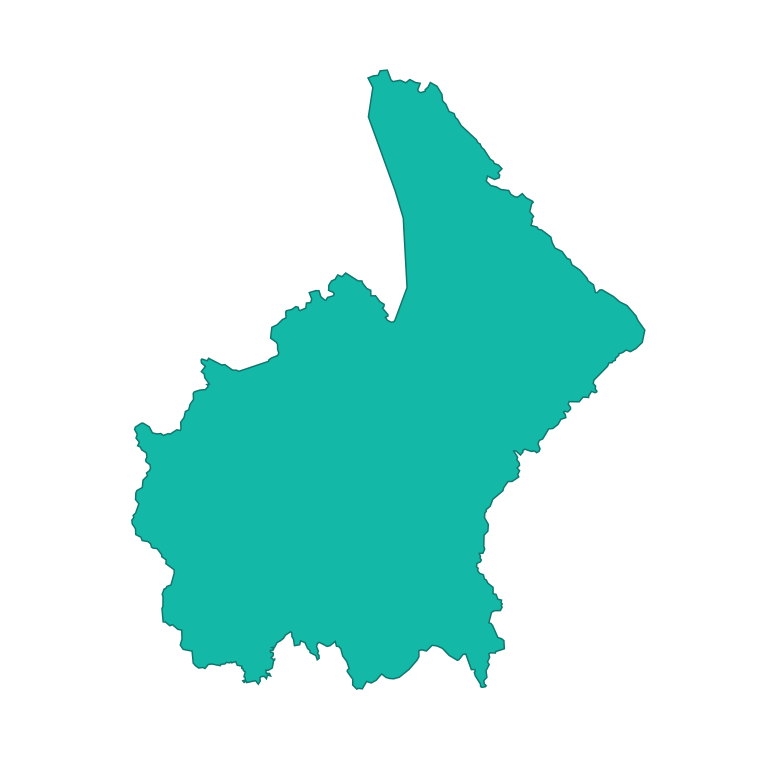 Sangkhla Buri, Kanchanaburi, Thailand (Albers equal-area conic projection), rotated 354°
{"feature_id": "78962969B87118801609333", "entity_name": "Sangkhla Buri", "entity_type": "district", "adm_level": 2, "iso_a3": "THA", "parent_name": "Thailand", "parent_adm1": "Kanchanaburi", "projection": "albers", "projection_center": [98.539, 15.257], "detail": "fine", "context": "isolated", "style": "filled", "palette": "teal", "viewbox_px": 768, "rotation_deg": 354, "n_neighbors": 0, "source": "geoboundaries", "source_scale": "gbopen_adm2", "svg_char_len": 6138}
<svg xmlns="http://www.w3.org/2000/svg" viewBox="0 0 768 768"><g transform="rotate(354 384 384)"><path d="M645.2,369.6L649.0,357.7L643.1,347.2L641.8,342.8L633.8,331.3L626.9,326.9L621.5,321.1L610.8,313.2L608.5,313.0L605.5,315.5L603.9,315.1L602.7,307.2L597.8,302.9L596.8,299.7L590.8,291.2L583.4,285.1L582.0,279.6L579.2,278.3L575.0,270.9L568.2,266.6L566.0,260.6L565.3,255.3L556.8,247.3L553.5,246.1L552.9,244.1L546.8,241.6L548.6,237.2L548.1,235.5L550.3,232.9L547.0,227.9L549.7,220.2L551.4,218.9L551.0,217.9L544.8,213.7L541.4,209.1L536.7,212.0L533.9,211.7L530.0,208.7L528.3,204.6L520.6,202.8L516.3,199.7L510.9,197.8L506.9,192.9L508.7,188.0L515.3,192.1L520.1,190.9L520.9,188.4L519.5,185.8L523.8,182.3L520.8,178.2L516.8,176.3L515.8,173.6L513.2,171.6L508.1,161.4L505.7,158.7L504.7,155.3L502.7,154.1L501.5,150.9L487.6,134.9L484.8,128.5L482.9,126.5L482.0,122.4L477.2,119.8L474.7,112.1L471.9,108.6L471.9,102.0L467.8,93.4L461.6,89.0L458.9,93.3L455.7,95.6L455.6,97.2L450.9,98.1L448.9,96.8L448.3,94.9L451.5,88.7L446.9,87.5L441.5,83.9L437.2,86.7L431.8,83.6L424.4,84.2L422.7,82.2L420.1,72.2L412.9,72.1L410.5,76.4L405.4,76.5L400.1,78.0L403.9,87.9L396.4,116.7L415.3,193.1L420.5,221.0L417.0,290.5L401.5,321.8L400.2,323.1L397.8,323.4L394.0,321.0L392.4,317.7L395.0,316.9L395.2,315.5L390.5,308.5L392.0,307.1L392.5,304.8L388.6,301.8L384.8,295.4L380.2,294.9L380.6,289.4L376.9,287.3L373.4,281.8L372.8,279.2L368.9,278.7L357.5,269.6L353.5,272.9L349.4,270.7L346.2,274.9L342.6,276.0L339.5,279.9L338.7,285.1L343.3,287.7L343.8,289.6L342.4,291.1L336.9,292.0L335.2,294.5L334.1,294.6L330.3,290.6L329.1,284.4L325.9,284.0L319.2,285.3L321.0,291.9L319.6,295.3L315.3,295.4L314.2,300.3L308.2,302.2L307.2,301.7L306.7,298.7L304.4,297.8L299.9,300.3L294.7,300.9L293.8,302.1L293.5,308.0L289.7,309.3L284.0,313.9L278.4,315.9L276.0,326.6L281.3,331.2L282.3,333.5L281.8,338.6L282.6,342.2L281.2,344.6L274.6,346.4L271.9,348.1L271.5,349.4L241.0,356.2L238.8,354.9L234.7,354.3L227.8,348.1L224.5,348.1L212.3,340.1L210.6,342.4L205.5,340.1L204.6,341.0L204.7,344.0L208.2,347.8L203.6,352.6L206.3,355.3L206.4,359.1L210.3,365.8L207.8,366.0L208.9,367.2L208.4,368.6L205.7,370.9L200.2,370.8L194.7,371.9L193.3,373.3L192.9,379.5L189.0,384.0L187.1,389.2L183.6,390.6L181.6,396.5L177.8,400.7L177.4,407.6L176.5,408.9L173.1,407.9L166.1,411.5L164.2,410.8L159.2,412.1L156.9,409.9L153.2,410.0L148.6,408.4L146.1,402.1L140.4,397.8L138.8,397.6L132.3,400.8L131.2,403.2L133.4,408.2L131.7,411.9L134.6,416.3L132.5,419.7L135.2,421.3L136.0,424.0L140.5,427.7L140.6,432.0L139.1,434.3L139.2,436.4L142.8,439.8L143.0,443.4L141.7,445.6L138.5,447.7L139.2,450.5L134.3,454.4L132.8,461.7L127.2,464.1L125.9,466.2L124.8,472.9L127.7,477.5L123.5,486.4L120.8,488.4L121.2,490.7L119.0,493.0L119.0,496.8L121.7,501.9L121.4,507.8L126.3,511.0L127.1,514.4L132.9,516.1L135.2,518.6L135.7,521.9L137.0,523.0L141.2,524.0L145.0,530.4L144.9,532.5L149.0,536.1L148.3,539.9L155.8,546.7L155.6,550.2L151.1,561.6L147.0,562.6L145.6,564.5L143.9,564.9L141.4,570.0L142.0,572.4L140.9,582.0L139.7,584.0L139.5,597.5L141.9,598.0L145.7,602.0L148.5,601.3L153.4,606.5L157.1,607.6L156.5,616.4L154.1,622.3L156.5,626.9L165.2,629.6L165.1,641.7L167.1,644.5L170.0,647.1L174.1,647.0L176.3,648.2L180.0,644.5L183.6,644.5L191.7,647.0L192.8,645.7L196.4,645.8L198.4,644.4L201.2,645.2L203.0,644.6L203.4,645.4L207.5,644.6L208.7,648.4L213.1,649.7L212.8,652.0L214.0,652.4L214.2,654.4L216.0,655.7L214.1,660.5L215.3,661.3L215.1,663.9L212.5,664.4L213.7,666.2L215.7,665.1L216.3,666.6L225.2,665.6L227.6,669.4L229.9,666.4L229.8,663.4L231.3,662.1L234.4,662.3L236.3,664.9L237.6,661.3L240.7,662.5L239.8,659.9L236.6,659.3L236.7,656.2L239.0,656.7L243.2,654.7L245.3,647.6L246.4,647.0L246.5,646.1L245.2,646.6L243.1,644.3L245.3,642.7L245.7,640.6L245.3,639.3L243.1,639.0L243.2,637.2L245.9,637.1L246.8,635.5L245.2,634.4L247.7,634.3L250.5,630.1L254.4,628.4L257.5,626.4L259.6,623.5L265.3,620.6L266.3,621.9L266.0,625.5L267.3,628.3L267.6,634.9L272.9,634.5L274.2,630.8L278.3,632.8L280.4,639.1L282.5,641.3L282.4,643.4L287.8,646.9L288.8,651.3L290.8,650.1L291.0,647.1L289.7,644.9L290.8,643.0L289.5,638.3L290.4,635.4L292.6,634.1L300.0,639.0L303.0,638.6L308.6,634.9L309.3,639.8L311.6,640.4L313.4,643.0L314.5,650.2L318.0,656.1L319.6,663.3L317.6,664.8L317.4,666.1L322.1,674.5L321.4,680.1L325.0,684.6L326.9,684.0L330.6,684.9L335.6,678.0L340.0,680.0L345.3,677.8L351.3,672.1L355.4,676.1L359.1,677.5L362.8,678.2L368.6,677.2L379.0,670.5L387.8,662.3L390.2,658.9L390.8,652.9L393.8,652.3L398.3,654.0L404.6,648.9L409.5,650.1L414.6,653.1L420.4,660.7L428.0,666.4L429.6,666.1L434.4,661.2L437.1,661.0L441.0,677.2L444.6,677.5L444.8,679.0L443.7,680.2L444.3,683.8L448.5,692.3L448.5,695.1L449.8,695.9L453.1,695.7L454.1,694.8L452.3,692.5L452.4,689.3L455.7,686.5L455.5,679.9L459.3,674.0L457.9,671.2L460.5,666.8L460.0,663.3L461.8,662.5L466.7,663.2L467.2,661.8L476.0,659.9L476.4,651.7L474.3,649.6L470.7,648.0L466.8,635.6L465.3,633.3L463.3,632.4L467.1,622.3L470.1,621.0L476.0,621.5L478.2,618.3L477.4,616.6L478.6,615.1L477.6,613.6L478.3,611.2L474.7,609.9L473.4,604.9L470.6,604.0L471.2,597.6L466.4,592.9L465.3,589.7L463.5,588.4L462.9,584.1L459.3,582.3L457.7,579.6L458.3,577.0L456.9,575.6L457.7,572.1L461.3,571.0L462.4,569.2L461.3,567.0L461.9,565.6L461.0,562.4L464.7,562.6L466.9,558.7L466.3,555.8L467.7,544.8L471.9,541.2L473.1,534.6L470.0,527.6L470.8,522.8L472.3,521.5L472.4,519.7L476.9,516.6L480.1,510.1L491.1,502.6L492.3,499.5L497.1,494.0L501.2,494.3L508.3,490.5L507.5,488.0L509.8,484.4L507.6,481.5L510.3,479.1L510.3,476.8L508.2,473.2L509.2,470.8L506.1,464.3L508.3,464.4L512.3,468.9L515.1,466.1L515.2,464.7L517.2,463.5L523.3,466.4L526.6,466.3L528.7,468.3L531.1,467.2L532.4,464.9L530.9,459.7L532.5,456.4L536.1,455.2L543.1,445.9L547.3,445.9L552.9,442.3L556.2,437.6L561.3,436.5L561.1,433.2L559.6,430.9L560.5,430.0L563.8,431.0L566.9,428.6L567.0,426.7L565.1,423.3L566.2,420.9L576.2,422.1L580.7,417.8L586.1,418.8L586.4,417.1L589.7,413.0L592.9,414.7L594.5,414.3L595.0,413.4L593.6,411.1L594.2,408.2L592.1,405.3L593.2,402.1L608.1,389.8L610.0,386.5L613.1,386.6L614.2,385.2L616.5,384.6L617.0,382.5L620.5,380.0L620.7,378.5L624.8,377.6L628.4,375.5L632.4,377.6L638.2,375.1L645.2,369.6Z" fill="#14b8a6" stroke="#0f766e" stroke-width="1.5"/></g></svg>